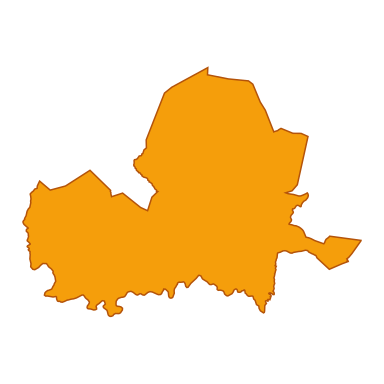 San Juan Tepeuxila, Oaxaca, Mexico (orthographic projection)
{"feature_id": "50627088B92335277656173", "entity_name": "San Juan Tepeuxila", "entity_type": "district", "adm_level": 2, "iso_a3": "MEX", "parent_name": "Mexico", "parent_adm1": "Oaxaca", "projection": "orthographic", "projection_center": [-96.763, 17.75], "detail": "fine", "context": "isolated", "style": "filled", "palette": "amber", "viewbox_px": 384, "rotation_deg": 0, "n_neighbors": 0, "source": "geoboundaries", "source_scale": "gbopen_adm2", "svg_char_len": 6001}
<svg xmlns="http://www.w3.org/2000/svg" viewBox="0 0 384 384"><path d="M57.3,300.7L57.8,301.2L58.6,301.4L59.8,301.3L60.7,302.0L62.4,302.2L64.5,301.4L67.4,300.0L67.8,300.1L71.0,299.2L73.7,298.8L76.5,297.9L81.9,295.1L83.2,295.0L84.3,296.1L85.3,297.7L86.4,298.8L87.7,299.7L89.3,301.8L89.3,302.9L88.6,304.3L87.3,306.1L87.1,307.7L87.6,308.5L88.4,308.8L90.6,309.0L93.8,310.0L95.6,309.7L96.6,309.1L96.6,308.0L96.1,306.7L96.3,305.9L97.1,304.8L99.0,303.6L102.0,300.9L102.7,300.7L104.4,301.1L105.3,304.1L103.3,306.0L103.2,306.8L103.6,307.7L106.9,310.2L107.3,311.2L108.2,314.8L108.9,315.7L110.1,316.4L111.4,316.3L112.9,315.7L113.8,314.4L115.5,313.5L119.0,313.6L120.5,312.8L122.4,310.0L122.5,308.2L121.0,306.9L119.2,306.4L117.5,306.3L116.4,305.7L116.1,305.1L116.0,303.7L116.2,301.2L117.6,299.1L118.5,298.3L121.4,297.3L122.9,297.2L124.6,296.6L125.5,295.5L127.3,292.5L128.4,291.8L131.0,291.3L133.1,292.3L135.7,294.4L136.8,294.9L137.7,295.0L139.9,293.7L141.2,293.9L142.4,294.8L144.1,295.2L144.8,294.9L147.9,292.4L149.8,291.7L150.4,291.7L152.3,292.0L157.4,294.3L158.7,294.7L159.6,294.6L160.6,294.5L161.6,293.6L162.4,291.7L163.7,289.9L163.5,289.3L163.7,289.0L165.5,289.2L167.8,291.4L168.3,292.2L168.7,296.1L169.4,297.6L170.5,298.1L171.7,298.0L172.7,297.4L174.3,293.2L174.1,290.7L174.6,288.4L175.4,287.6L176.8,285.0L177.4,284.4L177.4,283.7L177.9,282.8L179.1,282.1L179.5,282.1L179.8,282.3L182.5,282.1L183.1,281.8L183.5,281.8L184.1,282.2L185.1,283.5L185.7,286.2L186.8,287.5L188.0,287.3L190.9,283.3L196.2,278.4L198.6,275.4L199.1,275.3L200.9,275.9L202.3,278.6L202.9,279.2L207.3,281.9L209.1,284.0L210.0,284.6L211.3,284.6L213.2,283.9L214.4,284.4L215.5,285.3L216.0,285.6L216.8,286.3L217.3,287.7L217.1,289.3L217.6,289.9L218.5,290.3L220.1,290.1L222.0,290.5L223.3,291.1L224.0,292.1L224.6,294.0L226.4,295.6L227.0,295.8L227.9,295.9L232.0,293.7L233.5,291.5L233.6,290.6L234.3,289.8L235.5,289.0L236.5,289.1L237.2,289.9L237.7,291.9L238.3,292.2L239.7,292.3L240.8,292.0L242.0,290.8L243.1,290.7L243.8,290.1L244.5,290.0L244.8,290.4L245.2,293.1L246.2,293.8L246.8,294.8L248.1,296.0L249.0,296.3L252.1,296.0L253.0,296.4L253.7,299.0L255.1,300.3L256.5,304.6L258.8,306.0L259.1,308.4L259.8,309.8L260.5,310.9L263.5,312.9L264.3,312.4L264.6,311.1L264.8,305.6L265.7,304.2L266.4,303.6L265.6,301.9L265.5,301.1L266.1,300.7L266.6,300.6L267.6,301.1L268.0,301.1L268.1,300.5L267.8,299.5L268.1,299.4L269.4,299.7L270.0,299.7L270.0,298.9L270.4,298.4L270.6,297.5L270.3,297.0L270.8,296.9L271.0,296.4L271.1,295.8L270.8,295.1L270.3,294.5L269.3,294.2L268.8,293.4L269.3,292.9L270.3,292.9L271.9,293.5L273.0,294.6L274.0,294.6L274.2,294.3L274.2,293.1L273.8,292.0L273.0,291.1L273.5,290.4L274.1,288.5L273.7,286.4L274.2,284.5L274.7,283.7L274.2,281.0L274.5,279.7L273.9,277.8L274.3,276.7L274.8,274.3L274.6,273.8L275.0,273.3L275.6,270.6L276.0,269.8L275.4,268.2L276.3,266.2L275.1,265.7L275.8,264.1L275.5,262.5L275.6,261.6L276.1,260.4L276.3,259.2L277.0,257.8L277.5,253.4L277.8,252.9L280.3,252.2L283.0,250.9L283.9,250.8L285.0,250.7L286.5,251.0L290.3,253.0L291.4,253.1L292.2,253.1L293.6,252.4L298.7,251.5L301.2,251.3L305.5,250.2L307.6,250.6L308.7,252.0L312.1,253.8L313.5,254.3L314.5,255.0L315.6,255.3L316.0,255.7L317.0,257.9L329.3,269.3L342.0,263.8L347.1,261.9L346.8,261.6L347.0,261.4L348.2,261.4L348.0,260.8L347.5,260.7L347.3,260.3L347.5,259.9L346.8,258.9L348.8,257.3L351.9,253.6L360.9,240.9L361.0,240.4L329.7,236.2L328.6,237.4L326.1,239.3L325.4,240.5L324.6,242.6L323.8,243.8L314.8,240.6L311.1,238.7L308.5,237.7L306.0,237.2L303.5,231.2L302.4,229.7L300.8,228.3L299.1,227.1L296.1,225.8L294.1,225.6L291.9,224.8L289.1,224.3L289.0,224.0L289.6,222.9L290.9,221.6L291.4,220.5L291.5,219.7L290.5,217.6L290.6,216.5L291.1,215.3L292.8,213.4L293.3,212.5L293.2,211.8L292.4,210.1L292.6,208.9L293.4,208.9L294.6,208.3L296.2,205.9L297.0,205.4L297.8,205.3L299.1,205.8L300.3,206.7L300.9,206.6L301.2,206.1L301.3,204.9L302.5,202.7L304.0,201.1L305.8,200.1L307.7,197.7L308.2,196.1L308.3,195.3L307.9,193.8L307.2,192.9L306.2,193.6L303.4,194.9L300.8,195.9L298.8,196.0L293.6,194.5L288.1,193.7L285.7,192.8L292.1,190.8L297.3,184.8L308.0,136.5L301.1,133.4L292.9,133.3L281.0,128.4L278.6,129.8L277.7,130.6L274.4,131.6L273.8,131.9L265.3,110.2L260.2,102.0L252.8,84.2L248.5,80.9L228.2,78.9L207.5,74.8L207.8,67.6L171.8,87.2L164.5,93.1L146.2,139.9L146.4,147.9L144.0,149.9L142.8,153.6L141.9,153.9L141.6,155.3L141.2,155.7L139.2,156.0L137.5,158.5L136.3,159.4L134.5,159.7L134.4,159.9L134.0,160.9L134.2,161.7L134.1,163.8L133.8,164.5L133.8,165.4L134.2,165.9L134.1,166.1L135.2,167.3L135.3,168.4L136.3,168.9L136.4,170.2L137.7,171.4L138.2,171.6L138.3,172.1L138.7,172.7L139.3,172.6L140.0,172.9L140.1,173.3L140.5,173.6L140.9,174.3L142.0,175.1L141.9,175.8L143.6,177.1L146.6,177.9L147.6,178.8L147.8,180.1L149.0,181.0L149.2,182.0L149.7,182.0L152.0,183.7L152.5,185.5L153.6,186.4L154.1,187.4L154.3,187.4L154.7,188.5L155.4,189.4L156.1,189.7L156.7,190.4L156.5,191.4L157.7,191.6L151.9,197.2L147.6,210.7L140.6,207.5L122.6,193.1L111.6,196.7L110.8,193.7L110.9,192.5L110.3,191.4L110.6,190.4L90.0,170.3L65.5,186.0L50.2,190.1L39.6,181.1L37.3,186.0L37.1,188.3L34.7,189.1L33.4,191.0L31.6,192.4L30.2,194.0L30.7,196.3L31.0,199.0L30.6,201.0L30.8,202.7L29.8,207.4L28.5,208.7L27.1,211.2L26.1,215.7L24.6,218.5L24.7,219.5L23.6,220.5L23.0,221.7L23.1,222.7L24.0,224.4L26.9,227.0L28.0,227.7L28.1,228.3L26.8,229.1L26.4,229.7L26.3,230.4L26.3,231.2L26.7,231.7L27.5,232.3L28.1,233.1L28.3,234.1L28.3,235.5L28.5,235.7L28.5,236.7L27.9,238.7L27.3,239.9L27.2,240.8L28.8,242.2L29.3,242.9L30.1,243.6L30.1,244.3L27.7,245.7L27.3,246.2L27.2,246.7L29.2,248.4L29.1,249.1L28.3,249.8L28.8,250.6L30.0,251.4L30.0,253.5L30.2,254.5L29.9,259.0L31.0,263.7L30.7,266.8L32.8,269.3L34.8,269.7L38.6,267.5L40.5,265.4L42.8,263.5L46.5,263.6L47.8,265.4L48.5,266.7L51.3,268.9L53.0,271.0L53.2,271.7L52.9,272.4L53.1,273.4L54.3,275.2L55.0,277.0L55.7,281.3L54.3,283.7L54.0,284.9L53.0,286.4L51.7,289.1L48.7,290.3L47.6,290.5L45.9,291.8L45.0,292.8L44.4,295.1L45.7,296.1L47.4,296.0L53.1,297.0L56.0,296.5L56.5,297.0L56.6,298.9L57.3,300.7Z" fill="#f59e0b" stroke="#b45309" stroke-width="1.5"/></svg>